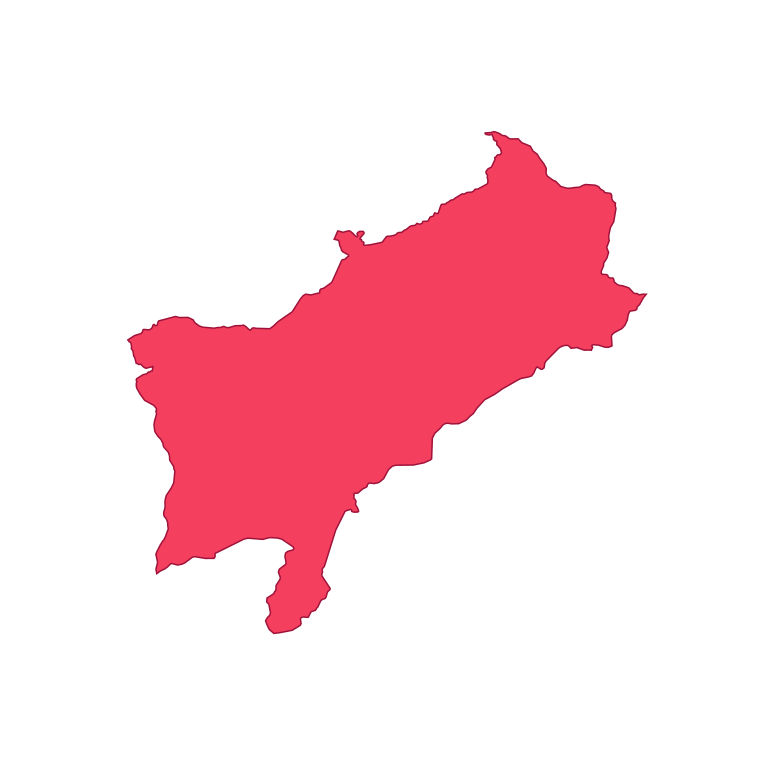 outline of Manatuto, Manatuto, East Timor, rotated 243°
{"feature_id": "22284137B59851217666313", "entity_name": "Manatuto", "entity_type": "district", "adm_level": 2, "iso_a3": "TLS", "parent_name": "East Timor", "parent_adm1": "Manatuto", "projection": "robinson", "projection_center": [126.03, -8.608], "detail": "fine", "context": "isolated", "style": "filled", "palette": "rose", "viewbox_px": 768, "rotation_deg": 243, "n_neighbors": 0, "source": "geoboundaries", "source_scale": "gbopen_adm2", "svg_char_len": 6168}
<svg xmlns="http://www.w3.org/2000/svg" viewBox="0 0 768 768"><g transform="rotate(243 384 384)"><path d="M561.8,588.1L561.3,587.8L560.0,588.2L558.0,590.9L557.4,593.5L553.5,593.2L552.4,592.6L550.2,593.4L549.1,594.5L548.2,594.5L546.8,593.4L545.8,593.2L543.1,594.2L542.4,593.9L541.3,594.6L536.8,593.7L536.2,593.2L535.7,590.8L536.5,589.7L536.4,588.4L535.6,587.2L535.5,585.5L533.6,584.8L528.8,578.6L528.5,577.9L528.5,574.3L527.0,571.3L525.2,570.6L523.0,571.1L521.5,569.9L518.1,569.0L515.7,567.4L515.4,566.5L515.1,556.2L516.2,553.4L515.3,551.6L515.1,549.5L517.0,544.9L516.8,541.5L517.8,540.4L517.9,539.5L517.4,532.2L516.8,529.5L517.5,526.5L516.9,524.3L517.0,522.2L516.4,520.7L517.9,516.9L517.4,515.8L511.5,509.7L511.7,508.5L512.9,507.6L513.5,506.7L511.3,504.2L511.8,500.9L509.2,497.1L511.2,492.5L509.9,490.9L510.0,489.1L510.6,487.7L512.2,486.4L511.3,483.9L512.6,479.9L512.6,478.5L511.6,474.0L511.8,472.2L511.1,468.6L512.3,465.9L512.4,464.3L511.6,462.3L512.1,459.7L512.7,457.2L514.1,454.2L514.1,452.8L511.1,446.7L514.2,435.3L515.9,430.7L516.9,429.0L517.9,429.1L518.8,430.3L520.1,430.0L521.7,428.9L522.9,429.5L524.2,428.4L524.9,429.0L527.0,434.2L527.8,434.9L529.1,434.9L530.0,433.8L531.1,431.3L530.7,429.1L530.1,428.1L528.0,428.0L527.6,426.7L529.1,425.5L532.1,424.8L535.5,423.3L536.4,422.4L536.8,421.0L537.8,416.3L540.8,413.2L541.3,412.2L535.6,405.3L533.0,408.3L532.2,408.6L531.2,408.7L528.0,407.5L523.9,407.3L522.7,406.8L520.3,407.4L515.6,410.6L514.7,410.9L514.0,410.5L513.5,407.5L512.8,406.3L513.6,403.2L513.2,402.2L499.0,384.6L498.2,383.2L496.9,375.0L496.8,373.2L497.3,370.9L496.8,369.6L494.5,368.0L496.6,359.2L499.6,355.0L499.4,352.0L497.7,348.1L490.0,335.0L487.7,318.1L485.8,311.6L485.1,307.4L491.8,295.1L493.0,293.8L493.6,292.0L492.6,289.5L493.9,288.4L498.1,286.9L500.3,285.4L501.0,283.0L503.4,278.1L504.7,271.3L505.8,269.3L508.1,267.4L508.6,264.0L509.9,261.3L510.8,258.1L516.8,248.5L519.4,245.9L524.5,243.3L527.8,243.1L532.3,239.6L536.2,231.7L538.8,228.9L542.5,211.9L542.0,211.0L539.4,208.6L539.4,207.5L540.1,206.6L541.3,206.4L541.5,205.6L541.3,204.8L539.8,203.4L539.0,202.0L538.8,199.3L541.7,194.8L541.6,193.8L540.1,192.5L539.3,190.3L540.4,183.8L539.6,175.8L537.3,176.1L536.4,177.0L534.8,177.0L531.7,175.9L530.2,174.9L527.5,175.3L522.5,173.7L520.9,173.9L514.8,172.6L514.2,173.6L512.7,174.3L512.1,176.2L508.4,177.4L506.5,178.6L505.9,179.6L505.1,183.6L504.7,184.2L504.6,185.9L504.2,185.9L501.0,183.5L501.4,181.8L501.1,180.4L501.7,179.4L500.8,177.4L501.7,173.5L501.0,165.9L499.6,164.8L498.6,165.0L496.9,163.5L494.2,162.2L492.2,161.8L485.7,162.1L478.1,163.3L469.3,169.3L465.8,170.0L464.1,169.7L463.6,168.6L463.0,168.3L460.6,167.8L455.0,162.6L452.0,160.5L446.3,158.4L444.4,158.3L440.1,158.8L435.9,160.1L431.3,160.0L429.2,159.3L427.4,159.2L421.5,160.8L417.5,160.3L413.5,158.5L406.1,159.1L403.5,158.2L401.5,158.2L391.4,151.8L388.1,147.5L383.5,139.4L380.7,136.9L378.4,135.3L373.7,133.1L369.4,129.3L367.5,128.4L365.5,128.1L363.7,128.7L360.3,128.6L357.8,128.0L356.2,127.1L353.0,126.1L347.5,120.3L344.8,116.7L344.7,115.8L342.3,111.8L337.8,105.6L335.8,103.4L328.5,101.5L327.1,100.7L322.7,96.8L318.2,95.4L318.9,99.6L318.8,105.4L319.3,108.1L320.6,112.0L320.5,113.3L316.4,117.9L315.2,122.1L315.0,125.0L316.6,134.4L316.5,135.7L315.6,137.7L309.7,145.6L305.8,153.4L306.8,155.1L309.5,156.4L309.7,157.4L309.4,188.5L308.4,192.8L300.5,205.6L299.4,211.3L298.6,213.2L295.2,219.1L292.1,222.5L280.4,229.0L278.2,229.0L277.5,227.6L278.6,222.1L278.0,219.5L275.3,217.4L269.7,215.8L268.0,214.7L266.6,206.9L265.8,205.8L264.3,204.5L258.7,203.8L257.3,202.8L253.4,196.3L249.9,194.4L249.0,193.5L248.7,192.4L247.2,190.3L246.4,182.6L243.1,180.5L239.9,181.4L231.8,179.0L229.9,177.4L228.8,174.0L226.8,171.0L223.3,170.5L217.4,170.3L211.8,172.6L209.7,178.3L206.2,190.5L207.0,199.9L208.2,201.4L212.5,202.8L213.3,203.7L213.3,206.0L211.0,209.5L210.6,210.8L213.9,215.1L214.1,216.4L213.5,220.0L214.0,221.2L214.8,221.9L215.2,223.6L219.7,229.4L220.0,231.6L219.6,234.0L220.3,235.5L223.8,238.7L224.5,239.6L225.1,241.9L225.6,242.8L226.4,243.2L241.2,241.6L242.9,242.3L243.9,243.6L247.4,245.1L248.4,247.8L250.6,250.1L275.6,274.5L288.1,291.3L288.2,293.0L287.4,297.3L286.5,297.9L285.1,297.4L283.6,298.8L281.8,302.5L282.2,303.7L284.8,304.1L289.6,303.9L292.0,305.7L293.0,305.9L296.3,305.4L298.3,306.8L299.5,307.0L300.0,308.0L298.8,310.9L298.8,311.9L300.2,317.3L300.1,321.1L300.4,322.4L301.6,323.4L302.5,325.1L302.1,326.6L299.7,330.1L298.7,333.9L298.7,335.5L299.8,340.7L305.3,348.6L306.2,350.9L307.0,354.3L306.2,357.8L298.5,373.3L295.6,383.8L295.3,390.7L295.6,392.4L313.8,402.5L317.1,407.0L318.8,413.4L320.7,417.8L321.0,418.9L320.7,421.6L319.8,423.5L317.8,426.1L314.7,432.6L314.5,440.4L314.9,442.3L316.0,445.0L317.1,450.1L320.3,455.9L324.3,466.6L324.6,478.0L325.9,487.1L326.8,505.5L326.7,508.7L324.7,515.7L324.2,519.3L325.8,522.5L329.0,526.4L329.7,528.2L325.9,530.5L325.4,531.4L325.5,533.4L326.0,534.2L329.6,536.8L330.9,538.8L336.6,555.8L336.9,557.9L336.5,562.0L335.0,565.3L333.3,566.2L330.9,566.8L328.9,572.4L323.2,577.8L321.0,582.5L319.9,584.0L321.9,586.5L323.5,586.4L324.2,587.3L324.0,588.2L321.3,592.7L316.4,597.7L314.9,600.4L314.4,603.6L314.5,604.5L322.9,608.1L324.4,609.3L325.2,612.4L325.4,621.2L326.8,625.0L330.3,629.6L334.9,633.1L336.9,635.6L337.2,636.4L335.5,641.5L335.8,643.1L337.8,644.7L338.8,647.9L343.0,654.1L344.9,658.4L346.5,655.5L347.5,652.0L349.8,650.4L351.1,648.0L358.5,645.8L363.2,641.2L365.1,638.4L366.8,637.0L370.4,635.5L372.9,636.2L374.5,636.1L375.9,633.4L377.5,632.5L379.5,632.6L380.4,632.0L382.7,628.3L383.7,627.8L385.7,628.7L389.8,633.4L391.9,634.6L395.0,639.8L399.3,643.9L404.4,644.3L409.4,649.7L412.5,650.7L414.7,652.0L419.4,655.8L420.8,657.1L424.3,662.4L434.8,670.2L438.4,671.2L440.1,672.4L442.5,671.2L445.1,670.9L449.0,672.6L450.9,672.5L454.3,667.6L456.0,667.5L459.5,665.4L462.4,664.8L465.3,662.4L470.3,654.1L470.7,651.1L470.6,647.6L472.6,642.9L473.9,638.8L475.3,636.0L479.7,631.2L486.9,628.9L488.0,627.6L495.0,623.9L498.0,624.0L502.5,626.5L507.6,626.4L514.9,625.1L519.1,624.9L524.0,622.5L529.5,622.3L536.4,616.4L541.6,614.8L544.9,608.0L545.7,607.1L549.8,605.0L551.9,602.1L554.5,600.8L557.8,597.9L559.0,596.4L559.6,593.2L561.8,588.1Z" fill="#f43f5e" stroke="#9f1239" stroke-width="1.5"/></g></svg>